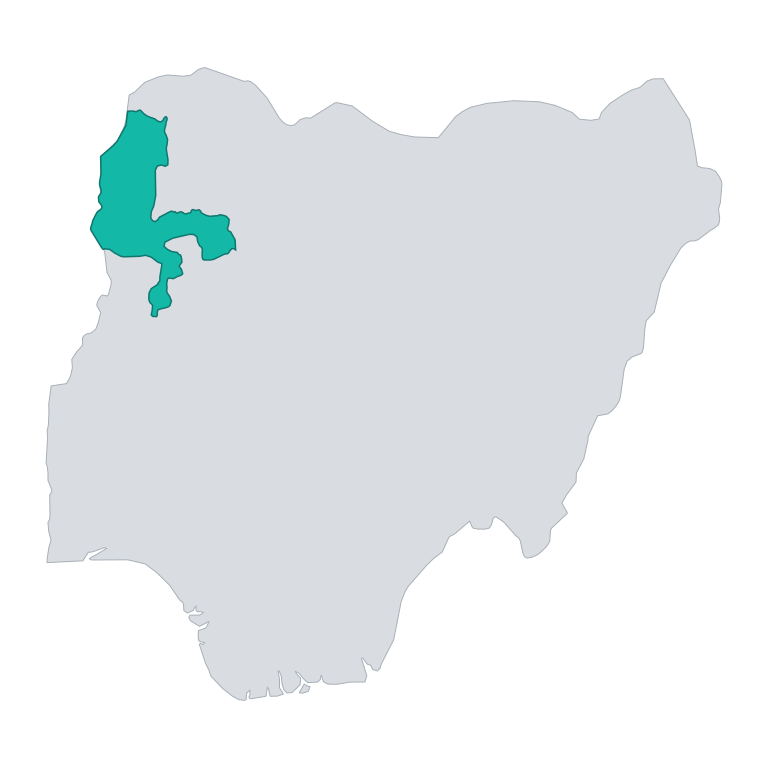 where Kebbi sits in Nigeria
{"feature_id": "NGA-2879", "entity_name": "Kebbi", "entity_type": "State", "adm_level": 1, "iso_a3": "NGA", "parent_name": "Nigeria", "parent_adm1": "", "projection": "natural_earth1", "projection_center": [4.708, 11.664], "detail": "fine", "context": "in_parent", "style": "filled", "palette": "teal", "viewbox_px": 768, "rotation_deg": 0, "n_neighbors": 0, "source": "natural_earth", "source_scale": "10m", "svg_char_len": 6179}
<svg xmlns="http://www.w3.org/2000/svg" viewBox="0 0 768 768"><path d="M663.2,78.7L689.5,120.0L695.2,150.8L697.4,165.9L701.7,167.7L709.8,168.5L715.7,171.5L719.2,176.6L721.5,181.2L721.9,184.0L720.4,202.4L718.5,209.1L719.7,218.2L719.3,222.1L718.5,224.7L714.9,227.8L710.0,230.7L698.4,239.5L695.1,240.8L690.2,241.0L685.9,243.2L680.9,248.0L670.2,265.6L661.0,283.3L654.3,311.9L646.2,320.8L644.8,328.7L643.6,346.6L642.4,352.0L641.1,353.5L632.2,356.9L627.2,361.0L624.2,369.1L620.4,396.6L619.0,401.2L616.2,405.9L611.7,411.0L607.8,413.9L597.6,415.8L588.1,436.5L588.0,440.1L583.8,458.9L576.4,473.0L576.0,482.1L566.7,494.6L561.9,503.1L566.9,511.9L567.3,513.3L551.4,528.3L550.4,530.6L549.8,541.0L548.5,543.7L545.6,547.5L541.3,551.7L537.0,555.0L532.0,557.2L527.2,558.1L524.6,556.8L523.0,553.6L520.3,540.9L518.9,538.2L515.8,535.7L503.5,521.8L496.0,516.8L494.4,517.2L493.2,518.5L491.1,525.6L489.0,528.2L485.1,529.1L478.3,529.1L473.3,528.2L472.1,526.8L469.7,521.2L454.5,534.0L449.1,536.8L442.3,551.9L432.7,559.3L426.1,565.9L408.3,586.3L404.8,592.3L401.2,601.4L393.7,639.8L381.4,663.8L379.8,669.0L379.1,668.8L377.5,671.0L372.7,669.5L370.6,665.1L367.6,664.4L362.5,657.8L361.5,658.9L366.8,675.5L364.9,682.0L349.8,682.1L336.9,684.3L327.9,684.1L323.5,681.8L321.5,675.5L320.7,676.2L320.3,679.5L317.5,682.1L307.5,682.6L303.1,678.4L299.5,673.6L295.6,671.5L296.2,673.5L300.6,678.2L300.1,684.8L292.1,692.5L286.9,693.0L283.8,689.7L282.1,684.2L281.3,676.2L279.2,671.0L278.1,671.0L279.5,679.7L279.5,687.8L283.4,694.1L277.5,696.1L270.4,696.3L269.5,694.0L268.6,688.7L267.4,687.4L266.0,696.2L251.5,698.7L249.4,698.3L249.0,696.7L250.1,694.2L249.8,690.2L246.6,693.3L246.1,699.5L244.3,700.4L238.8,699.6L232.7,696.4L222.9,688.7L210.9,676.1L209.0,670.4L205.6,663.5L199.3,644.3L200.4,643.4L203.2,644.5L204.6,642.7L199.6,641.4L198.5,640.0L198.2,635.7L198.4,630.6L206.0,627.9L207.7,624.7L208.8,621.6L199.4,626.3L190.7,620.9L188.8,617.7L189.8,615.2L199.9,615.0L203.5,612.5L201.3,611.7L197.4,611.8L196.0,610.1L196.1,606.2L194.9,607.1L193.2,610.5L187.3,613.1L183.9,610.5L183.5,604.8L182.8,602.3L179.9,600.3L169.6,585.2L156.7,572.6L145.2,563.9L127.8,559.8L91.5,560.0L89.4,558.8L91.7,556.8L94.9,555.5L106.5,548.4L104.6,547.5L92.4,551.9L88.3,552.3L82.9,560.8L47.1,562.6L47.2,558.7L48.8,547.7L51.0,540.0L48.6,530.7L48.0,522.3L49.5,519.7L50.0,516.5L49.7,495.0L51.6,491.8L51.7,489.6L48.0,480.4L48.0,473.3L47.3,466.5L46.1,463.4L47.6,437.1L47.1,430.6L48.3,425.9L48.9,414.6L48.8,403.5L51.2,385.9L66.5,383.6L70.3,376.7L72.4,368.0L71.8,359.4L76.7,351.8L82.7,345.1L82.5,337.8L84.2,335.5L87.0,333.8L91.1,333.0L95.7,329.3L98.2,322.9L100.7,312.6L96.8,305.5L96.9,303.9L98.3,300.0L100.8,296.2L102.7,295.0L107.1,296.0L108.5,294.4L111.4,283.1L111.1,280.1L107.0,272.5L104.7,252.0L103.6,249.3L100.4,245.5L91.8,231.1L92.0,224.3L95.6,215.5L97.9,211.3L101.2,208.9L101.9,206.9L100.9,204.4L99.3,202.6L98.9,198.7L100.5,193.2L100.1,187.1L100.9,156.2L107.8,150.1L117.9,140.0L123.1,129.5L125.8,121.5L129.2,95.0L134.6,92.1L144.7,82.4L158.5,76.8L167.4,75.0L183.1,76.2L191.0,75.2L197.8,69.9L200.8,68.5L205.1,67.6L244.2,81.4L247.8,80.8L250.8,81.7L255.6,85.3L267.2,98.2L279.3,118.1L283.1,122.3L286.8,124.7L290.7,125.5L293.6,125.2L296.4,123.3L300.2,119.5L305.9,117.8L310.6,118.1L334.9,102.9L337.2,102.7L352.2,106.0L372.6,121.3L389.3,131.3L401.0,134.6L414.8,137.0L438.3,137.7L455.9,116.3L462.4,111.6L470.2,107.4L486.6,103.4L513.9,100.7L539.5,101.8L555.4,105.5L572.2,112.5L579.5,119.2L590.9,120.3L599.0,119.0L601.6,112.4L609.7,103.6L621.9,95.5L631.8,89.9L640.0,87.4L647.3,80.9L653.1,78.9L663.2,78.7ZM308.4,691.2L302.9,693.2L299.3,692.7L304.2,684.0L306.7,685.8L310.0,686.6L308.4,691.2Z" fill="#d9dde1" stroke="#a8b0b8" stroke-width="1"/><path d="M103.5,249.3L103.1,249.3L101.7,247.8L91.6,231.3L90.7,229.5L90.6,228.0L91.8,224.5L92.1,223.5L92.8,220.5L96.7,212.8L98.0,211.3L100.9,209.3L101.6,208.5L102.0,207.1L101.7,205.8L101.0,204.6L99.7,202.9L99.3,202.5L98.9,201.8L98.8,201.2L98.4,197.4L98.7,196.4L99.3,195.4L100.3,194.3L101.2,192.1L101.0,189.8L99.6,185.0L99.6,182.1L101.1,173.5L100.6,157.0L100.8,156.3L113.2,145.7L116.9,141.7L125.9,125.4L127.7,111.3L128.2,111.2L132.5,111.0L136.2,111.7L138.1,110.6L140.2,110.1L141.9,111.7L143.6,113.6L147.1,116.0L150.9,117.6L153.0,118.2L155.0,119.0L156.8,120.5L158.9,121.6L161.0,121.8L162.8,120.6L163.6,118.9L164.7,117.3L166.1,116.7L167.1,118.2L166.9,120.2L166.1,122.2L165.9,123.4L165.9,124.6L165.7,125.6L165.3,126.5L164.7,129.1L164.4,131.7L166.2,135.4L167.6,139.5L167.1,144.3L166.5,146.8L166.3,149.3L168.0,159.9L167.8,164.8L165.2,166.3L161.4,164.9L157.3,166.1L155.3,170.2L155.7,195.6L153.8,205.8L151.2,212.0L150.8,218.3L152.6,220.7L155.1,221.7L157.6,219.9L159.6,217.1L170.3,211.5L171.5,211.2L172.7,211.5L173.6,212.1L174.3,211.9L174.9,211.6L175.8,212.2L176.4,213.2L177.6,213.1L178.7,212.3L181.1,211.8L183.4,212.8L184.3,213.7L185.5,214.0L188.5,213.1L189.8,213.0L190.8,212.4L191.2,210.8L192.2,209.7L193.5,209.6L194.7,210.3L196.0,210.4L199.2,209.8L200.6,211.1L201.4,213.0L206.3,215.4L209.7,216.3L218.3,215.6L219.2,215.0L220.1,214.7L224.3,215.6L226.4,216.4L229.1,219.4L228.8,223.9L227.4,228.8L228.5,230.9L230.7,231.9L235.1,239.8L235.6,249.9L233.8,248.6L231.9,248.7L231.0,249.5L229.6,251.3L229.0,252.4L227.6,253.7L225.6,253.9L223.6,254.5L213.8,259.3L210.1,260.0L204.4,260.0L202.9,259.4L202.2,257.1L202.1,254.5L202.4,249.4L201.5,247.2L199.7,245.9L197.7,241.7L196.9,236.8L193.6,234.5L189.4,234.3L172.7,238.2L164.9,242.2L164.0,246.4L167.6,249.5L171.7,251.5L176.0,252.3L177.0,252.3L177.7,252.8L178.2,253.9L178.9,254.5L180.5,255.0L181.2,256.9L181.7,259.6L181.9,262.2L179.1,266.2L181.5,269.5L182.7,273.8L181.2,275.2L177.2,276.6L173.4,278.7L169.4,278.0L167.6,278.8L166.7,283.2L167.0,288.1L166.7,290.4L167.0,292.6L169.7,296.6L171.4,301.1L170.0,305.4L168.4,306.8L166.5,307.5L159.9,309.1L157.9,309.9L157.3,312.2L157.3,314.9L156.6,316.6L152.7,316.4L151.3,315.0L152.2,310.1L152.6,305.3L151.3,303.8L149.9,302.5L149.0,300.2L148.8,297.7L149.1,292.8L151.3,288.6L157.9,284.3L158.0,283.1L159.4,281.5L159.8,280.6L159.9,279.4L159.9,276.9L161.8,265.2L161.7,263.5L158.1,262.3L151.2,257.1L145.5,255.3L139.6,256.3L124.1,256.8L121.1,256.4L114.8,253.1L109.7,249.4L104.5,248.8L104.1,249.2L103.5,249.3Z" fill="#14b8a6" stroke="#0f766e" stroke-width="1.5"/></svg>